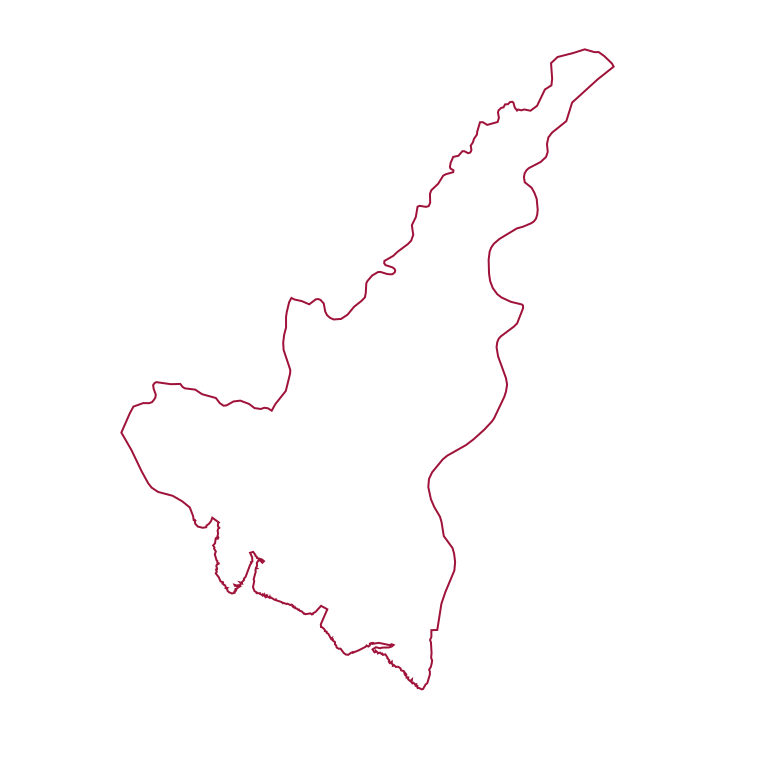 outline of Cotabato City, Cotabato, Philippines, rotated 263°
{"feature_id": "2640588B312406433782", "entity_name": "Cotabato City", "entity_type": "district", "adm_level": 2, "iso_a3": "PHL", "parent_name": "Philippines", "parent_adm1": "Cotabato", "projection": "orthographic", "projection_center": [124.192, 7.204], "detail": "fine", "context": "isolated", "style": "outline", "palette": "rose", "viewbox_px": 768, "rotation_deg": 263, "n_neighbors": 0, "source": "geoboundaries", "source_scale": "gbopen_adm2", "svg_char_len": 6134}
<svg xmlns="http://www.w3.org/2000/svg" viewBox="0 0 768 768"><g transform="rotate(263 384 384)"><path d="M133.4,406.9L158.9,414.2L170.1,419.6L190.3,431.1L198.6,432.9L207.3,432.9L212.9,432.0L225.8,424.8L239.8,424.3L245.4,423.4L256.0,418.8L264.0,416.5L276.3,415.4L284.3,417.1L290.5,421.0L302.1,433.2L305.2,438.1L313.4,457.9L318.1,466.0L326.5,478.0L333.8,486.7L336.7,489.2L356.7,501.9L361.7,504.2L368.4,506.1L374.9,505.8L397.5,500.6L406.7,500.2L411.7,501.5L415.0,503.4L417.0,505.7L425.2,520.0L427.9,523.5L442.3,531.3L445.0,531.5L446.1,530.6L450.1,520.0L455.6,511.1L459.4,507.3L465.9,503.7L473.1,501.9L480.6,501.7L494.6,503.0L502.5,505.0L506.3,507.0L509.8,510.1L514.0,516.4L522.2,534.7L523.2,541.2L525.7,549.9L527.1,552.6L529.6,555.0L533.4,556.7L538.2,557.8L549.2,558.1L555.4,556.6L560.7,554.5L567.1,548.3L572.2,548.1L575.8,549.2L578.7,551.4L580.6,554.0L585.3,566.6L589.6,572.5L594.4,574.8L602.3,575.0L608.7,577.2L613.0,581.4L622.7,597.0L640.4,605.0L660.3,633.1L671.0,650.6L674.2,649.4L682.5,642.7L687.3,637.5L687.7,633.5L691.7,624.0L689.5,612.4L687.4,596.1L682.1,588.9L666.5,588.1L660.1,586.6L656.7,579.6L641.4,569.8L637.4,562.7L639.4,556.7L638.9,553.7L640.1,550.6L639.2,549.4L642.4,547.5L647.6,546.7L648.5,545.6L648.4,543.4L646.6,541.1L646.8,538.3L644.0,536.3L643.8,534.0L641.6,531.0L639.4,530.2L634.2,530.5L630.2,528.7L628.6,518.0L631.8,514.0L632.1,511.2L623.2,507.3L620.2,506.6L616.4,503.2L613.0,501.7L610.0,499.1L605.8,499.3L604.2,498.7L603.1,497.4L602.8,495.7L605.2,492.2L605.5,490.2L601.4,485.6L601.0,480.4L595.2,477.0L591.4,475.9L589.8,476.2L587.6,479.0L585.8,478.5L584.7,471.1L583.6,468.2L576.1,462.1L570.5,454.5L567.1,452.8L558.2,451.9L555.1,450.0L554.7,447.3L556.5,441.1L555.9,438.9L545.8,435.9L538.2,431.0L528.5,431.2L523.0,428.5L520.0,424.8L513.6,413.6L510.1,408.9L506.1,399.4L503.8,398.9L501.8,400.0L498.9,406.3L497.2,408.3L495.2,409.0L493.4,408.2L492.0,405.8L492.0,404.1L492.8,400.5L495.7,394.1L495.8,391.5L493.0,385.3L488.3,380.2L486.1,378.7L477.0,377.1L472.3,375.6L469.3,371.9L464.3,363.7L457.2,356.2L453.8,349.3L454.2,341.9L456.2,338.6L459.2,335.9L463.0,334.5L471.3,334.0L475.2,331.2L476.3,329.2L476.4,326.7L472.2,319.5L476.3,312.5L478.7,305.6L480.7,302.6L476.7,299.8L467.1,296.2L462.3,294.9L452.1,293.7L445.0,290.9L437.4,289.0L430.1,288.5L409.4,292.7L405.9,292.1L389.1,285.7L377.2,273.6L371.2,269.3L374.1,265.7L375.0,262.3L374.2,258.7L375.9,252.5L380.6,247.7L385.0,239.4L385.0,232.5L382.0,225.2L382.0,222.1L385.0,218.7L390.6,215.4L396.1,202.1L401.4,196.0L404.0,185.7L405.7,183.7L408.9,181.8L409.8,172.4L413.6,158.2L412.8,156.3L411.0,154.7L407.3,154.8L401.3,156.2L398.4,155.4L396.3,153.7L394.2,151.4L393.6,148.4L394.4,142.7L392.1,132.5L385.5,127.9L367.8,117.4L349.4,125.2L326.6,132.9L314.1,137.9L309.5,140.7L304.4,146.6L298.8,160.6L292.0,169.6L285.1,176.2L276.3,178.4L272.3,178.5L272.3,179.3L271.5,179.4L272.0,180.7L270.6,179.5L268.4,179.6L265.2,181.8L263.4,186.5L263.5,190.1L265.0,190.5L266.7,193.4L269.1,195.7L272.2,197.3L266.7,203.2L266.2,202.4L263.4,201.8L261.7,202.5L261.2,203.8L261.2,202.2L258.5,200.9L256.3,201.2L253.2,200.2L252.0,200.9L250.7,200.2L250.9,199.3L252.0,199.3L251.2,198.1L246.5,196.9L244.6,194.7L242.4,195.8L241.3,195.3L238.2,196.7L235.6,195.3L229.5,196.3L228.6,197.0L226.9,196.8L225.7,198.8L225.8,197.7L224.8,195.9L223.8,195.4L221.1,195.8L220.1,195.4L220.2,194.7L217.9,195.1L216.6,193.9L212.2,196.5L208.0,197.7L206.5,200.8L206.6,199.4L205.7,199.3L204.2,200.7L203.3,200.6L204.2,200.9L203.3,201.9L201.2,202.1L200.8,203.3L200.4,202.4L199.8,203.3L197.8,203.5L196.2,204.8L194.6,207.6L194.9,210.1L196.2,210.2L196.1,210.9L197.9,211.5L197.4,212.1L198.0,212.4L198.8,210.7L198.5,211.8L200.5,216.0L201.9,211.4L202.9,211.1L202.0,213.1L202.0,216.8L203.3,217.4L203.2,218.1L204.5,217.1L204.2,217.9L203.5,218.5L203.5,218.8L204.6,218.8L206.5,221.2L207.6,221.1L209.6,223.2L220.9,229.1L222.2,230.4L223.4,230.2L223.8,231.7L228.1,232.0L232.8,230.5L233.3,233.7L230.1,235.5L229.2,235.4L228.1,236.6L226.9,236.6L224.7,241.5L222.8,243.3L221.4,241.5L223.6,239.9L224.3,237.9L222.0,236.0L219.0,235.8L217.1,234.5L216.6,235.1L216.6,234.4L214.9,233.7L213.3,233.8L206.0,230.8L204.3,231.2L198.3,229.2L194.3,230.2L192.5,232.4L191.9,232.2L191.4,235.4L190.8,235.3L189.3,237.4L189.7,237.8L188.9,238.0L189.5,238.8L188.4,239.5L189.1,239.8L187.6,240.3L188.3,241.3L187.5,241.3L187.8,241.9L187.2,241.7L187.5,242.3L186.4,243.4L185.9,244.4L186.6,244.8L185.6,245.0L185.8,245.9L183.2,249.0L183.4,250.3L182.7,250.2L180.1,255.7L178.7,257.0L179.0,257.6L177.5,260.4L177.8,261.2L176.0,264.2L176.3,265.5L174.9,266.8L174.4,266.2L173.7,266.8L173.0,267.6L173.4,268.4L172.1,268.9L171.6,270.3L170.3,271.3L170.5,272.1L169.3,272.6L168.3,274.7L165.6,276.7L166.1,277.9L165.5,277.4L165.1,277.9L165.3,283.1L164.1,284.2L164.2,285.2L164.9,285.3L166.3,288.5L171.5,294.5L167.3,300.3L153.2,292.0L150.4,291.9L150.0,293.1L148.2,294.6L146.4,295.6L145.8,295.3L145.1,296.9L143.9,296.9L142.8,298.3L137.8,300.3L138.2,301.3L137.1,300.8L136.1,301.7L136.4,302.2L135.1,302.4L133.9,303.9L131.6,303.6L130.4,304.6L128.2,304.9L126.8,306.7L126.6,308.6L121.9,311.3L120.1,313.2L119.6,315.5L121.2,318.5L121.7,320.4L121.1,320.4L122.8,326.6L125.5,333.9L126.6,334.8L125.3,336.5L126.2,338.0L128.0,338.3L128.4,339.6L128.4,340.5L127.8,340.2L128.0,341.6L127.5,341.5L127.7,347.3L124.1,357.9L124.8,359.8L123.8,361.7L122.5,359.7L121.9,356.8L122.6,350.0L122.2,347.9L123.7,343.9L122.0,340.3L118.8,341.9L119.1,343.2L120.1,343.4L118.2,345.1L117.4,345.1L117.9,347.3L116.3,348.7L116.6,349.5L115.3,349.9L115.5,352.4L111.9,354.2L111.4,353.9L109.2,355.6L108.0,354.9L106.4,355.6L107.5,357.9L106.7,357.8L106.2,356.8L104.2,359.0L103.2,358.6L103.4,360.0L101.7,361.3L101.7,363.4L100.8,364.6L99.7,365.7L97.7,366.1L96.6,368.7L94.1,369.1L94.7,369.7L93.0,370.7L92.2,369.9L91.1,370.7L89.8,370.6L89.8,372.3L87.9,372.0L85.9,373.8L87.3,375.7L84.4,375.0L83.4,375.7L83.9,376.8L82.3,378.0L82.1,379.4L81.2,379.0L80.6,379.8L80.3,379.0L79.3,380.2L78.1,380.4L78.2,381.4L76.3,384.3L76.5,385.6L80.6,388.6L81.8,390.5L90.0,394.1L92.8,394.5L95.0,394.0L97.5,396.0L101.2,397.4L103.7,398.1L106.5,397.4L111.0,398.4L121.9,399.1L124.3,398.5L127.2,400.2L133.9,401.0L133.4,406.9Z" fill="none" stroke="#9f1239" stroke-width="2"/></g></svg>